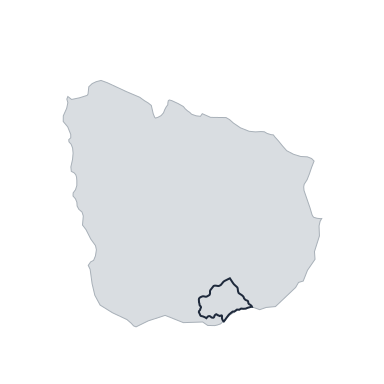 where Canelones sits in Uruguay, rotated 341°
{"feature_id": "URY-17", "entity_name": "Canelones", "entity_type": "Department", "adm_level": 1, "iso_a3": "URY", "parent_name": "Uruguay", "parent_adm1": "", "projection": "mercator", "projection_center": [-56.01, -34.547], "detail": "fine", "context": "in_parent", "style": "outline", "palette": "slate", "viewbox_px": 384, "rotation_deg": 341, "n_neighbors": 0, "source": "natural_earth", "source_scale": "10m", "svg_char_len": 3745}
<svg xmlns="http://www.w3.org/2000/svg" viewBox="0 0 384 384"><g transform="rotate(341 192 192)"><path d="M306.0,259.3L303.6,261.4L301.1,265.4L298.2,275.0L288.4,288.2L286.4,295.7L275.7,303.6L268.2,312.4L263.3,312.2L258.9,316.0L233.6,327.5L224.5,325.3L217.7,325.3L211.4,320.3L197.1,318.4L188.2,320.5L176.1,326.0L172.5,326.0L169.9,325.7L163.4,323.3L159.8,318.4L141.3,312.7L126.4,299.9L108.7,299.6L95.2,301.3L93.2,299.6L91.8,296.3L89.0,291.5L77.4,280.2L68.3,269.0L66.5,258.0L67.7,246.1L70.5,232.0L70.0,227.6L73.4,225.1L76.7,224.6L79.9,221.0L82.8,215.5L83.3,211.3L81.0,203.7L79.5,193.0L77.7,187.6L81.4,179.3L81.5,175.2L79.4,171.6L78.8,167.9L79.8,164.2L79.6,160.5L78.2,157.1L79.3,154.2L82.6,151.9L85.2,148.4L86.8,143.8L87.7,140.2L87.7,137.7L86.7,135.4L84.6,133.2L85.6,128.9L89.6,122.4L92.2,116.6L93.4,111.6L93.3,107.6L92.0,104.5L92.5,102.4L95.0,101.3L96.1,98.1L95.7,90.0L93.2,83.4L95.1,78.1L100.8,72.0L103.7,67.1L103.9,63.4L105.7,61.3L108.3,65.3L116.3,66.3L124.3,66.5L125.6,65.5L128.7,58.9L132.9,57.0L137.4,56.5L142.3,56.9L147.6,61.2L162.4,75.5L173.4,85.4L176.7,90.1L179.6,93.6L181.7,96.9L180.8,105.4L181.0,109.2L181.5,110.2L184.0,110.3L187.7,109.7L190.8,107.9L193.2,105.1L195.6,102.9L197.5,101.7L198.2,99.9L199.3,98.0L200.5,97.6L202.6,99.0L207.7,103.9L211.7,108.4L212.6,111.0L214.1,113.7L215.8,116.0L216.9,118.3L220.7,121.3L224.6,123.2L227.2,121.3L233.9,127.5L248.4,132.7L251.1,135.8L253.6,140.3L258.7,147.1L265.8,153.2L271.5,155.8L276.9,157.3L280.0,158.6L282.0,161.0L285.4,163.5L287.5,164.5L288.2,166.7L290.3,171.7L292.6,178.0L295.0,183.8L300.3,189.4L306.3,193.8L312.5,196.3L316.0,199.3L317.5,202.5L313.4,207.3L308.8,213.2L304.8,217.9L300.6,221.2L299.3,223.5L298.4,227.0L298.4,245.6L298.1,252.5L298.4,254.4L298.9,255.6L301.6,257.5L304.7,259.0L306.0,259.3Z" fill="#d9dde1" stroke="#a8b0b8" stroke-width="1"/><path d="M211.3,320.0L211.1,319.9L210.0,319.8L206.8,319.6L204.9,319.8L202.4,319.1L200.5,318.2L198.4,318.7L196.2,317.8L193.2,318.8L191.5,318.3L188.4,319.4L186.9,320.0L183.8,322.1L181.5,323.8L179.9,324.8L179.5,324.2L179.4,323.7L179.2,322.6L179.2,321.5L179.2,321.1L179.3,320.8L179.8,319.6L180.0,319.0L180.0,318.6L179.9,318.4L179.6,318.2L178.9,318.2L178.5,318.3L178.1,318.4L177.8,318.3L177.4,318.0L177.2,317.7L177.0,317.3L176.8,317.2L176.5,317.1L176.2,316.9L175.7,316.2L175.4,315.6L175.2,315.5L174.7,315.5L173.8,315.8L173.3,316.1L173.0,316.3L172.7,316.8L172.5,317.1L172.3,317.3L172.1,317.4L171.9,317.6L171.4,317.8L171.1,317.7L170.7,317.6L170.0,317.3L169.7,317.0L169.5,316.8L169.0,315.9L168.8,315.6L168.4,315.2L168.2,315.1L167.8,314.9L167.3,314.9L166.9,314.8L166.0,315.1L164.5,316.0L164.1,315.5L163.4,314.6L161.7,313.1L160.2,312.2L159.8,311.7L159.7,311.3L159.6,309.7L159.4,308.1L159.4,307.7L159.6,307.4L159.9,306.9L160.2,306.7L160.8,306.4L161.0,306.3L161.2,306.1L161.4,305.9L161.7,305.4L162.1,304.9L162.9,304.1L163.0,303.8L163.0,303.3L162.8,302.5L162.6,302.1L162.4,301.9L162.4,301.6L162.4,301.2L162.7,299.8L162.7,298.7L163.5,295.8L164.0,295.0L164.5,294.7L165.1,294.4L165.9,294.2L167.3,294.1L168.0,294.1L168.5,294.2L169.0,294.4L171.1,295.6L171.7,295.6L172.4,295.6L174.8,295.1L175.3,294.8L175.6,294.4L176.1,293.6L176.7,291.7L176.8,291.5L177.1,291.1L177.5,290.7L181.8,287.9L182.2,287.9L182.8,287.9L183.8,288.2L186.3,289.5L186.7,289.5L187.3,289.6L188.3,289.4L188.9,289.3L189.3,289.1L192.5,287.1L193.8,286.7L199.7,285.9L201.0,291.0L201.6,292.9L203.6,296.6L203.8,297.1L203.8,297.6L203.8,298.0L203.2,300.8L203.2,301.3L203.2,302.6L203.3,302.8L203.6,303.3L205.5,305.7L206.3,307.1L206.6,308.0L206.6,309.6L207.3,311.2L207.8,311.8L208.5,312.4L209.1,312.9L209.3,313.3L209.4,313.7L209.2,315.1L209.1,315.5L209.2,316.0L209.3,316.3L209.5,316.6L209.8,316.9L210.8,318.3L211.2,319.1L211.3,319.5L211.3,320.0Z" fill="none" stroke="#1e293b" stroke-width="2"/></g></svg>